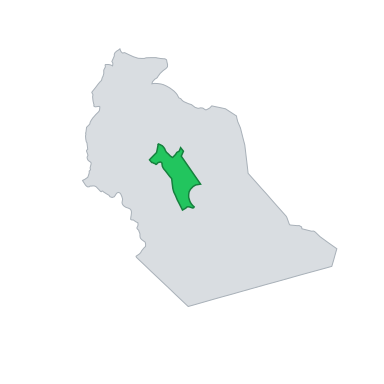 location of Batha Ouest, Batha, Chad, rotated 134°
{"feature_id": "50815135B78939282341988", "entity_name": "Batha Ouest", "entity_type": "district", "adm_level": 2, "iso_a3": "TCD", "parent_name": "Chad", "parent_adm1": "Batha", "projection": "natural_earth1", "projection_center": [18.7, 14.28], "detail": "fine", "context": "in_parent", "style": "filled", "palette": "green", "viewbox_px": 384, "rotation_deg": 134, "n_neighbors": 0, "source": "geoboundaries", "source_scale": "gbopen_adm2", "svg_char_len": 4679}
<svg xmlns="http://www.w3.org/2000/svg" viewBox="0 0 384 384"><g transform="rotate(134 192 192)"><path d="M277.0,115.2L277.1,123.7L277.2,132.3L277.2,140.8L277.3,149.3L277.4,157.8L277.5,166.3L277.5,174.8L277.6,183.3L277.6,186.1L277.4,187.2L277.3,187.4L277.0,187.6L273.1,186.8L271.4,186.8L269.1,187.4L265.6,187.7L263.4,187.6L261.8,189.1L260.6,190.8L261.2,195.1L261.1,196.5L260.6,197.9L259.5,199.2L258.5,200.1L257.9,201.0L257.1,202.9L256.5,203.8L256.6,205.0L256.4,206.3L255.8,206.9L254.1,207.4L253.1,208.0L252.3,208.9L251.7,209.6L252.0,210.4L252.4,211.6L252.7,213.5L252.8,214.6L253.6,215.5L254.1,216.2L254.3,217.0L253.8,217.6L251.9,219.0L251.1,219.5L250.2,220.2L249.8,220.5L248.4,221.7L247.6,222.9L247.3,223.9L247.3,225.2L248.1,227.2L248.9,228.8L249.2,230.1L249.4,231.5L249.3,232.8L248.9,234.0L248.2,235.0L245.4,236.9L244.1,239.1L243.0,241.7L242.8,243.1L243.1,244.0L243.6,244.8L244.5,245.2L245.6,245.3L247.6,244.9L249.4,244.6L251.4,245.6L252.4,247.7L252.0,249.3L252.7,252.2L253.4,255.7L253.4,256.8L253.7,257.3L254.9,257.5L255.1,258.3L254.8,264.4L255.3,266.1L256.2,267.3L257.1,268.0L258.0,268.8L258.5,269.4L259.6,269.5L260.8,270.6L261.1,272.1L261.0,273.5L260.3,276.6L259.8,278.7L259.1,278.6L257.7,278.0L255.9,277.6L253.8,277.2L251.8,278.1L249.6,279.2L248.9,280.0L248.3,280.5L247.3,280.4L246.4,280.5L246.0,281.3L245.2,282.2L242.0,284.0L241.3,284.6L241.0,285.3L241.0,286.0L241.3,287.4L241.3,289.2L240.6,290.7L239.8,291.7L238.8,292.0L238.1,292.2L237.5,292.9L235.9,296.2L235.2,296.8L233.7,296.7L229.6,301.7L229.2,303.1L227.7,305.2L225.7,307.5L224.0,308.6L223.9,309.0L223.4,309.5L222.4,310.0L218.7,312.8L214.3,312.7L212.3,313.8L210.4,314.3L207.7,314.8L206.8,314.8L203.3,315.0L199.1,314.9L197.5,315.3L196.0,316.4L194.9,317.3L194.7,317.6L194.9,318.0L194.9,318.3L197.8,320.6L198.5,321.8L197.8,322.9L197.4,323.0L196.9,323.9L195.2,326.5L192.6,329.6L191.3,330.5L190.7,331.0L190.1,333.1L189.6,333.4L187.8,333.6L184.3,333.9L179.4,334.5L176.4,334.7L174.6,334.6L172.1,336.0L171.1,336.3L170.6,336.4L168.0,337.8L165.9,339.9L165.2,340.3L162.2,341.2L161.0,342.7L160.5,342.8L158.5,340.9L157.3,339.1L156.6,337.4L156.5,336.8L156.2,336.9L155.1,337.7L154.2,338.6L153.8,340.3L150.7,341.4L148.1,342.4L146.9,343.6L145.1,344.2L142.7,344.0L140.9,343.5L139.1,343.3L139.9,341.8L140.3,340.6L140.4,339.2L140.2,338.3L139.2,337.8L138.5,337.1L137.0,332.6L135.4,328.1L133.2,323.6L130.7,320.8L129.0,319.0L128.4,318.8L127.5,318.3L126.9,317.8L123.7,314.7L120.4,311.3L119.5,309.8L117.9,307.5L116.0,305.1L115.0,304.0L114.6,302.1L115.9,300.3L117.3,298.1L119.0,296.6L121.2,296.5L124.8,297.1L128.7,297.3L132.5,296.8L133.5,296.5L134.5,296.5L136.6,297.1L140.2,297.0L142.0,296.0L140.0,294.5L137.9,292.1L135.9,289.4L134.6,287.0L133.5,283.9L132.5,280.0L131.9,275.0L132.0,272.2L132.3,270.2L133.4,266.9L132.7,264.9L132.9,263.4L132.8,261.1L132.4,259.9L131.0,256.1L130.8,255.7L129.5,253.0L129.0,248.6L127.6,245.7L125.4,244.2L124.1,242.5L123.6,239.5L122.8,238.7L119.2,237.6L116.3,237.6L114.2,234.2L111.4,229.8L108.9,225.7L107.3,217.5L106.4,212.8L107.5,211.4L109.6,208.0L112.3,201.6L118.4,191.8L121.5,186.7L127.7,179.1L135.3,169.8L139.6,164.6L140.3,155.1L141.1,145.0L141.6,137.4L142.4,128.3L143.0,120.8L143.4,115.3L144.0,107.4L144.5,105.9L147.5,99.8L147.7,99.0L147.2,98.0L143.0,92.8L141.7,91.6L141.0,88.9L142.1,87.4L137.1,78.7L135.8,77.6L135.3,76.5L135.2,74.9L135.2,68.9L133.9,59.4L132.2,48.4L138.2,45.2L142.6,42.8L148.4,39.8L153.7,42.9L161.3,47.4L169.0,52.0L176.6,56.5L184.3,61.0L192.0,65.5L199.7,70.0L207.4,74.6L215.1,79.1L222.8,83.6L230.5,88.1L238.3,92.6L246.0,97.2L253.7,101.7L261.5,106.2L269.3,110.7L277.0,115.2Z" fill="#d9dde1" stroke="#a8b0b8" stroke-width="1"/><path d="M211.6,186.3L208.1,185.3L205.9,185.1L204.7,183.8L203.1,180.5L202.2,179.9L201.6,180.0L201.2,180.1L201.2,181.2L201.3,181.8L201.2,182.4L201.1,183.5L200.8,185.2L200.1,187.3L199.9,187.6L198.2,190.6L197.7,191.1L196.5,192.3L195.5,193.1L193.9,194.2L191.1,195.0L187.3,195.0L184.3,194.2L180.4,191.3L173.7,224.6L168.6,226.5L168.0,231.0L170.2,230.1L171.5,229.6L172.8,230.0L174.1,230.4L176.5,229.9L179.9,229.9L180.7,230.0L181.0,231.5L181.2,232.8L181.1,235.0L181.1,236.3L181.2,237.8L180.7,239.9L179.9,241.6L179.5,243.5L179.4,245.4L179.9,247.2L180.3,248.4L180.7,249.5L181.5,249.5L182.0,248.9L185.8,246.4L188.1,245.0L188.6,244.9L196.6,245.0L198.4,244.9L198.7,242.1L198.7,241.4L198.2,240.8L198.0,239.9L197.7,239.2L197.3,238.3L197.2,237.1L196.7,236.8L196.0,236.8L195.1,236.9L194.4,236.8L193.2,236.1L192.4,235.7L192.0,234.5L192.2,233.4L192.9,232.8L194.2,231.0L195.0,228.6L195.2,226.3L195.6,223.4L195.8,222.2L196.3,218.8L196.5,215.9L199.4,212.4L202.8,208.2L204.6,205.2L206.1,201.2L207.9,197.1L209.3,192.9L211.6,186.3Z" fill="#22c55e" stroke="#15803d" stroke-width="1.5"/></g></svg>